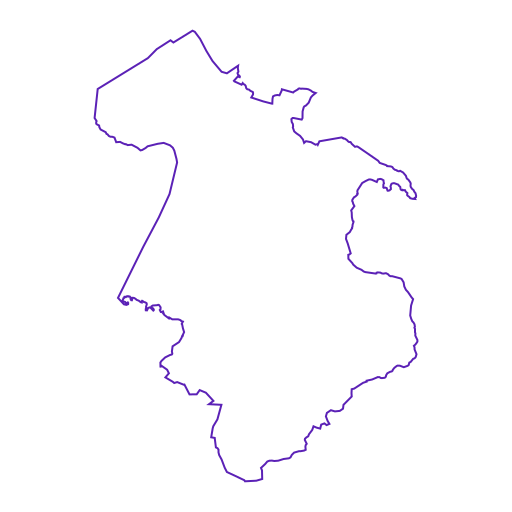 Epatlán, Puebla, Mexico (Albers equal-area conic projection)
{"feature_id": "50627088B13009313759140", "entity_name": "Epatlán", "entity_type": "district", "adm_level": 2, "iso_a3": "MEX", "parent_name": "Mexico", "parent_adm1": "Puebla", "projection": "albers", "projection_center": [-98.367, 18.615], "detail": "fine", "context": "isolated", "style": "outline", "palette": "violet", "viewbox_px": 512, "rotation_deg": 0, "n_neighbors": 0, "source": "geoboundaries", "source_scale": "gbopen_adm2", "svg_char_len": 6061}
<svg xmlns="http://www.w3.org/2000/svg" viewBox="0 0 512 512"><path d="M414.9,326.7L414.5,324.3L413.5,322.5L412.3,321.3L411.2,318.8L410.2,315.5L411.1,305.5L413.1,299.1L411.6,297.4L408.0,292.1L405.9,289.8L404.3,286.5L403.6,282.3L401.6,279.0L400.5,278.4L392.2,276.2L390.5,276.2L389.3,275.6L388.0,274.2L386.0,273.2L383.3,273.6L381.9,273.4L380.3,272.6L377.6,272.4L376.6,272.7L376.5,273.4L375.9,273.6L365.3,272.1L363.7,271.5L361.5,269.8L356.7,267.7L353.2,264.6L352.4,263.2L348.4,258.8L348.3,254.8L349.5,254.4L350.7,253.4L347.7,243.4L346.0,238.9L346.4,234.8L349.8,232.1L351.3,229.4L352.1,228.4L352.0,227.6L352.4,226.9L352.6,224.7L353.5,222.0L353.5,221.4L353.0,221.2L352.5,220.1L351.9,217.2L351.7,212.4L351.2,210.4L354.4,206.1L353.2,203.8L352.8,202.2L352.2,201.0L352.4,199.7L354.0,197.3L355.4,196.5L357.4,194.6L357.2,193.8L357.7,193.5L357.3,191.7L357.5,190.3L362.2,183.0L365.7,181.0L368.8,179.5L370.1,179.4L371.9,179.8L376.8,182.0L377.9,179.4L380.2,178.9L381.6,179.2L383.5,180.3L383.6,182.0L384.0,183.3L383.4,184.3L383.3,187.4L383.7,187.8L385.3,187.6L386.7,188.1L387.5,190.6L387.9,190.8L389.5,190.4L390.9,189.1L390.8,187.4L390.5,186.4L391.3,184.1L391.9,183.6L393.3,183.2L394.3,183.2L398.2,184.6L399.2,186.0L400.2,186.8L400.6,189.2L401.2,189.9L402.2,190.3L402.6,189.8L403.9,190.3L404.9,190.1L405.8,191.7L407.4,193.1L407.1,195.0L407.7,195.8L409.4,197.0L410.2,198.2L412.5,198.8L415.2,199.0L414.7,197.9L416.0,197.1L416.1,195.6L415.5,193.2L414.3,191.7L413.5,190.0L412.1,188.9L410.8,187.0L410.5,185.9L410.7,183.5L410.3,182.4L408.3,179.6L407.2,178.9L406.6,178.0L405.9,175.8L403.1,172.5L400.1,170.8L399.0,171.3L398.4,171.2L397.0,170.7L396.8,170.3L394.8,169.7L393.4,168.6L392.4,167.1L391.6,166.7L390.6,166.4L387.1,166.1L387.0,165.7L385.8,165.0L379.7,162.9L378.2,160.8L358.2,147.0L356.9,146.4L355.0,146.8L351.7,143.8L350.7,142.2L350.2,142.0L349.2,142.1L348.0,141.3L347.0,140.1L344.7,138.6L343.7,138.6L343.3,138.1L342.7,138.2L341.8,137.4L319.4,141.3L317.8,144.8L317.4,144.1L315.5,144.7L311.1,142.2L306.0,141.2L304.1,142.9L303.0,139.5L300.1,135.9L296.4,133.3L294.2,131.4L292.8,127.4L293.1,126.5L292.9,124.1L291.7,121.9L291.4,119.1L292.6,118.0L293.6,118.0L301.7,119.6L302.5,118.1L302.6,111.4L303.7,107.3L304.3,106.4L306.0,105.5L308.7,102.7L310.9,97.4L312.6,95.5L315.7,93.0L312.5,91.9L310.9,90.6L308.4,89.3L306.5,88.9L301.8,88.6L301.2,88.8L299.3,88.4L298.4,88.7L297.9,89.4L294.1,91.6L293.2,92.5L281.9,89.3L281.8,90.3L279.5,95.3L277.4,95.0L276.1,95.2L274.7,95.5L273.0,96.4L272.5,98.9L272.3,103.7L272.1,103.7L263.2,101.4L251.3,97.5L253.0,94.5L253.1,93.0L252.8,92.0L250.3,90.8L249.2,89.7L247.2,89.2L246.3,88.3L245.6,85.7L244.7,84.7L243.2,83.9L242.7,83.1L241.6,84.7L234.4,81.4L233.9,80.8L237.8,76.5L239.7,77.2L239.9,76.8L239.4,75.7L238.1,74.8L237.5,73.1L238.4,71.7L237.8,67.9L238.1,65.7L226.9,73.3L221.6,71.8L212.5,61.0L206.3,50.8L200.1,38.9L194.8,31.8L192.5,30.7L173.4,42.5L170.5,40.3L156.8,49.1L147.9,58.1L97.7,89.0L94.6,118.0L96.6,121.1L96.2,122.0L96.2,123.7L97.1,124.5L99.1,125.5L99.4,127.3L100.6,129.5L105.7,132.2L106.5,133.9L107.5,134.3L108.9,136.0L110.4,136.7L112.5,136.8L114.5,137.6L116.2,142.2L120.1,141.9L122.8,143.3L125.3,144.3L125.8,144.1L127.7,145.1L131.6,144.7L137.5,147.8L140.5,150.4L142.2,150.0L145.6,148.0L147.6,146.3L157.7,143.8L163.7,142.9L170.0,145.3L172.8,147.7L174.3,150.6L176.5,159.0L177.1,162.5L169.5,194.1L158.8,217.4L143.3,246.7L118.0,297.9L123.9,304.3L126.4,304.9L128.1,304.2L128.2,303.0L127.8,302.4L126.3,303.4L125.6,303.5L125.6,302.6L125.2,302.0L122.8,301.2L122.6,300.2L123.2,299.2L123.3,298.3L124.2,297.9L124.4,296.8L125.3,296.7L125.9,297.1L127.0,296.2L127.9,296.2L128.2,296.6L128.8,296.3L129.9,296.6L130.3,297.4L130.7,299.3L131.2,300.2L131.9,300.3L132.2,299.6L131.7,298.7L132.0,297.8L133.1,297.8L134.4,298.1L136.0,299.2L136.5,299.8L138.8,300.7L140.7,302.2L141.7,302.5L141.7,301.3L142.1,300.8L143.2,301.4L143.6,301.9L145.3,302.4L146.5,303.1L146.8,304.1L146.0,307.0L146.3,307.5L145.7,309.1L145.8,310.3L147.0,310.4L148.1,308.1L149.4,307.4L150.6,307.8L153.3,310.6L153.7,310.3L153.8,309.6L153.2,308.5L151.5,307.5L151.2,306.9L151.4,306.4L152.8,305.5L157.1,305.2L158.2,304.8L159.1,305.1L160.6,307.3L160.5,309.3L159.8,310.0L160.8,312.0L161.3,312.1L163.0,311.4L163.7,313.4L163.3,313.6L164.4,315.0L168.9,318.4L169.2,317.5L172.2,319.3L178.0,319.3L179.9,319.9L180.8,320.4L181.3,321.1L182.9,321.6L181.7,323.9L182.2,324.7L182.9,328.2L184.1,332.1L182.6,335.4L182.8,335.5L182.6,336.1L182.2,336.0L181.4,338.2L179.0,342.1L172.6,346.3L171.9,351.4L172.3,353.6L172.2,354.0L171.8,354.5L170.0,355.0L165.2,357.4L161.5,360.9L160.4,362.5L160.5,367.5L161.0,365.4L167.1,369.7L168.9,373.3L165.4,377.4L172.8,381.8L174.2,383.0L177.2,382.1L184.2,384.9L184.5,384.7L189.5,394.4L196.7,394.3L199.7,390.1L205.9,392.7L213.4,400.9L209.0,404.2L221.4,404.8L217.4,419.4L213.3,426.2L212.7,428.3L211.2,437.3L214.7,437.9L215.9,447.4L217.5,448.2L218.5,449.6L218.5,452.4L219.2,455.1L221.6,459.5L224.7,467.7L226.9,472.0L244.3,480.2L245.0,481.3L256.3,480.7L262.2,479.0L262.0,470.4L261.0,467.9L265.2,464.0L267.3,461.5L269.5,460.7L271.9,460.6L274.3,461.0L278.2,460.7L283.6,459.0L288.9,458.3L290.5,457.4L291.8,454.9L294.1,452.6L299.0,451.2L300.5,451.2L304.0,450.6L305.7,449.8L305.4,446.7L305.7,445.1L306.7,443.8L304.8,439.9L305.0,438.7L306.5,437.3L308.2,436.3L309.0,434.2L312.2,430.0L313.5,426.3L316.5,427.6L320.2,428.6L321.2,424.6L324.4,423.4L326.6,425.1L329.4,423.9L327.6,420.9L325.9,416.4L326.9,412.9L330.9,410.2L334.9,411.4L339.8,410.9L343.0,408.7L343.5,404.8L351.7,396.5L351.5,393.1L351.7,389.2L354.2,388.6L363.1,382.8L366.7,381.6L366.6,380.7L372.1,379.5L377.1,377.4L377.5,377.1L379.4,377.1L380.8,378.0L381.9,378.1L384.5,377.8L385.3,377.4L385.9,376.5L386.1,375.3L387.3,373.3L390.1,371.8L391.8,371.4L392.6,370.6L392.8,369.8L394.4,367.8L396.7,366.0L397.6,365.6L399.9,365.7L403.8,367.2L407.7,365.8L408.7,365.0L409.3,362.6L410.7,361.9L413.2,358.8L414.4,358.4L415.4,357.5L415.8,356.7L416.5,354.2L414.6,349.5L414.5,347.2L413.9,345.8L415.4,344.5L416.8,342.6L417.4,341.6L417.4,340.0L415.3,335.6L415.4,333.3L415.0,332.3L415.0,328.9L414.4,327.7L414.9,326.7Z" fill="none" stroke="#5b21b6" stroke-width="2"/></svg>